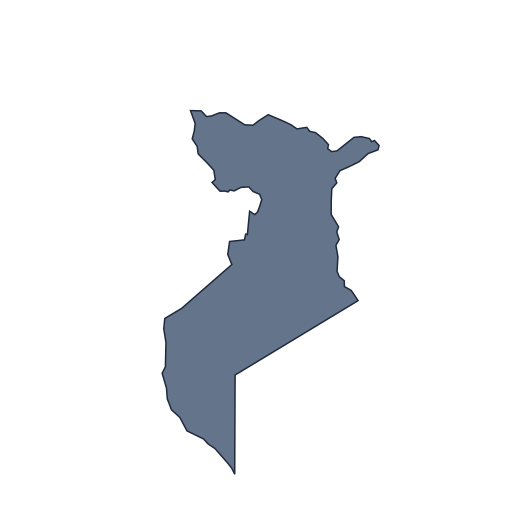 outline of Beruniy, Karakalpakstan, Uzbekistan, rotated 140°
{"feature_id": "79887680B9862753118700", "entity_name": "Beruniy", "entity_type": "district", "adm_level": 2, "iso_a3": "UZB", "parent_name": "Uzbekistan", "parent_adm1": "Karakalpakstan", "projection": "orthographic", "projection_center": [60.771, 42.004], "detail": "fine", "context": "isolated", "style": "filled", "palette": "slate", "viewbox_px": 512, "rotation_deg": 140, "n_neighbors": 0, "source": "geoboundaries", "source_scale": "gbopen_adm2", "svg_char_len": 1328}
<svg xmlns="http://www.w3.org/2000/svg" viewBox="0 0 512 512"><g transform="rotate(140 256 256)"><path d="M90.7,261.5L91.0,268.3L93.9,269.2L93.6,273.1L98.7,279.8L104.7,283.9L126.5,284.5L130.9,287.3L132.1,292.1L128.9,294.7L129.2,303.0L131.1,312.3L134.7,317.0L134.4,321.9L142.9,327.0L144.6,333.3L147.3,339.6L155.8,356.4L167.0,357.9L174.2,358.1L180.3,363.7L187.0,385.0L192.0,389.2L199.9,391.8L204.3,394.6L204.7,402.4L212.7,409.5L217.5,396.5L223.0,391.4L229.6,386.7L230.6,377.8L234.7,371.3L233.6,358.6L233.2,348.8L238.1,340.7L242.4,340.6L241.9,328.8L237.9,325.5L236.3,323.1L233.5,323.3L230.9,319.9L223.6,318.3L217.1,313.6L216.8,307.3L213.6,301.0L215.3,295.6L220.9,291.9L226.6,288.7L230.4,288.6L232.1,294.4L248.8,278.0L249.8,279.4L254.5,275.8L266.9,284.1L276.6,275.4L280.0,265.0L346.6,263.7L366.0,266.8L373.4,259.6L380.6,247.6L396.7,229.3L403.3,226.5L409.4,212.5L415.8,203.5L419.6,192.5L418.1,181.3L421.3,166.4L413.8,149.6L413.5,142.7L411.2,135.0L410.8,115.9L411.0,109.0L412.6,102.5L348.5,178.3L206.5,156.2L205.5,165.0L205.2,168.5L207.9,175.7L204.3,180.3L205.5,186.6L203.8,192.1L193.7,202.8L187.9,212.8L181.7,215.1L178.7,222.5L174.0,225.2L171.7,239.5L163.5,249.2L154.7,258.8L147.1,260.1L145.4,264.6L136.8,267.4L128.0,264.8L116.3,261.9L104.2,262.4L94.4,258.9L90.7,261.5Z" fill="#64748b" stroke="#1e293b" stroke-width="1.5"/></g></svg>